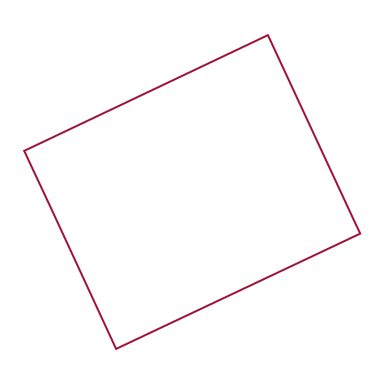 Scott, Kansas, United States of America, rotated 245°
{"feature_id": "52423323B73647157013897", "entity_name": "Scott", "entity_type": "district", "adm_level": 2, "iso_a3": "USA", "parent_name": "United States of America", "parent_adm1": "Kansas", "projection": "natural_earth1", "projection_center": [-100.891, 38.482], "detail": "fine", "context": "isolated", "style": "outline", "palette": "rose", "viewbox_px": 384, "rotation_deg": 245, "n_neighbors": 0, "source": "geoboundaries", "source_scale": "gbopen_adm2", "svg_char_len": 243}
<svg xmlns="http://www.w3.org/2000/svg" viewBox="0 0 384 384"><g transform="rotate(245 192 192)"><path d="M300.2,57.3L235.5,57.4L81.9,56.9L83.2,326.9L94.2,326.8L302.1,327.1L300.2,57.3Z" fill="none" stroke="#9f1239" stroke-width="2"/></g></svg>